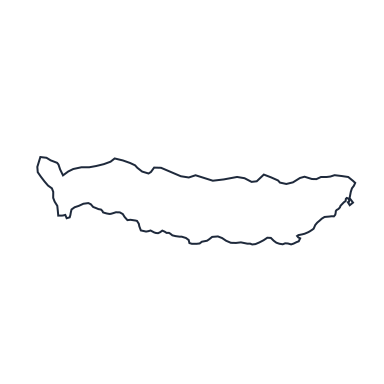 Seogwipo-si, Jeju, South Korea, rotated 21°
{"feature_id": "91817680B85110926045998", "entity_name": "Seogwipo-si", "entity_type": "district", "adm_level": 2, "iso_a3": "KOR", "parent_name": "South Korea", "parent_adm1": "Jeju", "projection": "natural_earth1", "projection_center": [126.598, 33.335], "detail": "fine", "context": "isolated", "style": "outline", "palette": "slate", "viewbox_px": 384, "rotation_deg": 21, "n_neighbors": 0, "source": "geoboundaries", "source_scale": "gbopen_adm2", "svg_char_len": 2408}
<svg xmlns="http://www.w3.org/2000/svg" viewBox="0 0 384 384"><g transform="rotate(21 192 192)"><path d="M37.9,213.7L38.6,224.0L40.9,228.8L45.3,231.8L50.5,235.0L55.3,237.6L59.9,238.8L62.4,241.6L64.5,247.2L67.2,250.2L71.2,253.2L73.5,257.7L75.6,262.0L79.8,260.3L81.9,258.8L84.4,261.4L86.9,259.5L86.7,257.1L86.2,254.5L85.8,251.5L87.9,248.3L91.3,245.5L94.8,241.9L99.2,239.5L101.9,239.7L105.1,241.4L108.2,241.4L110.8,241.5L113.3,241.0L115.1,241.8L116.3,242.9L118.1,242.8L120.1,242.6L122.7,242.1L124.0,241.5L125.6,240.3L128.2,238.2L131.9,236.9L135.3,237.4L138.1,239.5L141.8,241.4L144.5,240.0L149.4,238.9L151.0,238.7L153.7,240.7L155.1,242.9L158.0,246.2L163.3,245.4L165.3,244.2L167.1,242.8L171.2,243.3L173.0,243.2L175.1,242.6L176.7,240.9L178.1,238.7L180.7,238.8L182.9,239.3L185.1,238.4L186.7,238.7L189.2,239.5L192.4,239.1L196.2,238.2L198.4,237.4L202.8,237.1L206.1,238.0L207.9,240.6L210.4,240.4L214.7,238.8L217.6,237.3L219.0,234.9L223.5,232.1L224.9,230.1L226.9,226.7L232.1,224.2L236.6,224.2L241.3,225.3L246.5,225.5L251.3,223.8L255.7,221.5L262.2,220.4L264.7,219.4L267.0,219.4L269.9,217.9L273.0,214.9L276.1,211.4L278.7,207.7L282.1,206.6L285.7,208.2L288.9,209.1L292.1,209.0L295.4,208.3L297.4,206.5L300.0,205.7L303.3,205.4L305.3,203.8L307.5,201.4L309.3,199.8L309.6,196.5L307.5,196.3L305.9,195.4L306.8,194.1L310.0,192.1L312.1,190.6L314.7,188.1L316.0,186.6L317.8,184.1L318.7,182.7L318.9,178.6L319.9,175.7L321.4,173.0L322.7,170.4L324.7,167.8L329.4,165.5L331.0,164.6L333.2,163.9L333.9,161.9L333.6,160.0L333.1,158.3L333.5,156.9L334.8,155.4L335.6,153.4L335.6,151.6L337.5,147.1L338.2,146.1L338.6,145.1L338.1,143.3L338.6,142.1L339.9,142.1L341.1,142.6L341.8,143.6L342.1,144.8L341.2,145.7L344.0,147.8L346.1,144.2L341.3,141.2L340.7,137.8L340.2,135.0L340.0,131.2L340.9,128.2L341.1,125.0L338.3,123.9L332.5,122.0L325.8,123.5L319.1,125.2L315.6,128.0L312.0,129.9L307.0,131.8L303.5,135.4L299.3,136.9L291.6,137.4L287.8,140.2L282.8,146.8L277.2,150.7L270.7,151.7L268.2,150.4L260.7,150.0L252.8,150.0L248.6,158.8L244.0,161.2L236.1,160.3L228.7,161.8L217.1,168.9L207.4,174.0L189.3,175.1L183.8,179.6L175.9,181.3L154.4,180.5L147.9,182.8L146.5,188.0L144.8,190.3L138.1,190.8L132.3,189.0L129.3,187.5L123.9,187.1L116.2,187.3L107.8,188.4L105.1,192.9L99.7,197.6L93.2,202.1L87.1,205.8L79.8,208.6L72.9,213.1L69.1,217.2L65.6,222.7L60.8,218.2L57.5,214.2L55.6,213.1L48.7,213.1L43.9,212.2L37.9,213.7Z" fill="none" stroke="#1e293b" stroke-width="2"/></g></svg>